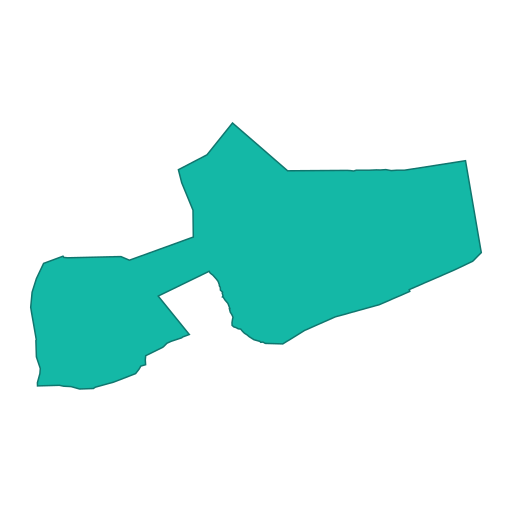 the district of San Juan Sayultepec, Oaxaca, Mexico
{"feature_id": "50627088B209371934126", "entity_name": "San Juan Sayultepec", "entity_type": "district", "adm_level": 2, "iso_a3": "MEX", "parent_name": "Mexico", "parent_adm1": "Oaxaca", "projection": "robinson", "projection_center": [-97.293, 17.449], "detail": "fine", "context": "isolated", "style": "filled", "palette": "teal", "viewbox_px": 512, "rotation_deg": 0, "n_neighbors": 0, "source": "geoboundaries", "source_scale": "gbopen_adm2", "svg_char_len": 1993}
<svg xmlns="http://www.w3.org/2000/svg" viewBox="0 0 512 512"><path d="M282.8,343.9L288.1,340.6L288.4,340.5L296.3,335.6L304.8,330.3L306.8,329.5L316.4,325.2L334.3,317.3L335.0,317.0L335.5,316.8L338.4,316.0L338.9,315.9L342.9,314.8L344.8,314.3L346.9,313.7L348.6,313.2L349.6,312.9L350.1,312.8L351.7,312.3L353.2,311.9L353.8,311.8L358.6,310.4L363.8,309.0L365.1,308.6L368.4,307.7L371.3,306.9L373.9,306.2L374.8,305.9L379.0,304.8L386.7,301.5L389.7,300.2L392.5,298.9L395.3,297.7L401.0,295.3L403.9,294.0L409.8,291.4L409.2,289.6L422.6,283.8L424.5,282.9L429.7,280.7L432.7,279.4L442.8,275.0L453.4,270.4L456.4,269.0L472.6,261.3L473.8,260.2L478.0,255.9L481.3,252.6L480.5,248.1L465.5,160.7L404.5,170.2L398.1,170.2L397.0,170.2L391.2,170.6L385.8,169.6L380.3,170.0L376.4,169.9L369.4,170.2L365.1,170.2L356.3,170.2L353.6,171.0L350.5,170.6L347.2,170.4L287.6,170.8L232.5,123.0L207.0,154.8L178.4,169.7L181.7,182.7L193.0,210.2L193.3,237.1L191.7,237.6L129.4,260.2L121.0,256.6L113.8,256.7L113.5,256.8L111.1,256.8L67.6,257.8L63.8,257.4L63.0,256.2L43.6,263.4L36.4,278.6L32.1,292.2L30.7,307.4L30.8,307.9L31.6,312.9L33.3,322.5L36.3,339.8L35.9,340.5L36.4,356.9L40.3,368.5L39.9,373.6L37.4,382.7L37.5,385.9L59.4,385.3L63.6,386.2L71.1,386.6L79.6,389.0L93.4,388.5L95.3,387.2L113.7,382.1L131.0,375.4L135.6,373.6L139.1,369.1L140.8,366.1L145.6,364.7L145.3,359.9L145.7,355.7L162.7,347.3L163.5,346.7L167.0,343.2L171.2,341.3L181.7,337.8L182.6,337.0L189.3,334.5L158.2,296.1L158.5,295.9L209.1,271.3L210.2,273.1L212.7,275.0L213.1,275.4L216.3,279.0L218.1,281.4L219.4,284.9L219.3,285.8L220.3,287.4L220.4,290.1L222.6,292.2L222.2,293.1L223.0,295.6L222.4,296.9L223.2,297.1L224.9,299.9L227.9,303.4L229.9,308.6L229.4,308.7L230.3,312.2L231.4,313.9L232.4,315.8L233.0,317.4L232.6,318.8L232.0,322.6L232.1,325.4L232.8,326.0L233.8,326.9L236.1,327.6L238.2,328.8L240.7,329.1L242.5,331.3L244.4,333.2L247.1,334.9L249.2,336.7L253.9,339.7L259.9,341.4L260.7,342.3L263.0,342.1L265.3,343.4L282.8,343.9Z" fill="#14b8a6" stroke="#0f766e" stroke-width="1.5"/></svg>